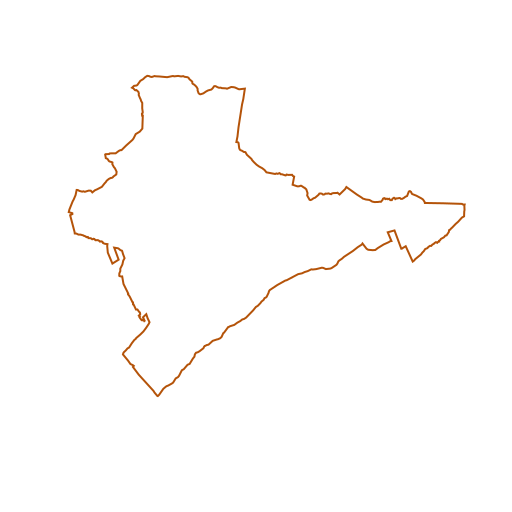 Dagata, Iasi, Romania, rotated 284°
{"feature_id": "2599482B86664490925481", "entity_name": "Dagata", "entity_type": "district", "adm_level": 2, "iso_a3": "ROU", "parent_name": "Romania", "parent_adm1": "Iasi", "projection": "natural_earth1", "projection_center": [27.196, 46.933], "detail": "fine", "context": "isolated", "style": "outline", "palette": "amber", "viewbox_px": 512, "rotation_deg": 284, "n_neighbors": 0, "source": "geoboundaries", "source_scale": "gbopen_adm2", "svg_char_len": 6067}
<svg xmlns="http://www.w3.org/2000/svg" viewBox="0 0 512 512"><g transform="rotate(284 256 256)"><path d="M96.3,194.2L96.3,194.6L97.9,195.6L104.7,198.2L107.5,200.2L108.2,200.9L109.0,202.1L111.9,205.2L113.1,206.2L117.8,207.7L119.6,209.6L121.1,210.3L127.2,211.7L128.7,213.3L133.9,215.9L135.2,217.7L141.3,219.6L143.4,220.6L145.8,220.5L147.6,221.2L148.6,222.9L150.0,224.3L153.8,227.3L155.5,227.6L156.3,228.0L156.5,228.5L157.6,229.6L158.5,231.4L163.2,234.5L165.6,238.3L166.0,239.2L167.6,241.2L169.2,242.2L173.2,242.9L173.8,243.5L180.3,246.2L180.4,246.6L181.5,247.7L183.9,251.6L186.8,254.0L189.1,256.5L191.1,258.0L192.0,259.6L193.8,261.3L202.6,266.4L206.5,268.2L208.1,269.8L211.4,271.7L213.0,272.3L215.3,274.0L217.2,274.5L218.2,275.7L219.0,276.2L223.3,277.1L224.9,277.1L226.3,277.6L232.9,283.6L239.3,290.4L239.9,291.6L248.6,301.3L250.3,304.8L252.2,307.1L253.9,309.9L256.2,312.6L256.5,313.1L256.6,314.3L257.8,317.5L260.6,322.8L260.7,324.2L260.2,326.9L261.7,331.0L262.5,332.2L266.9,336.2L268.4,336.8L270.7,337.2L271.9,338.0L274.1,340.0L276.5,341.6L284.3,348.8L289.2,352.6L292.7,355.9L293.9,356.3L289.8,361.5L289.4,362.6L289.2,363.4L289.9,367.9L290.7,370.3L293.1,372.2L298.1,377.1L301.5,381.4L302.7,382.5L303.3,383.8L310.9,378.1L314.3,384.2L298.2,395.2L298.5,395.9L299.1,396.3L301.7,398.9L288.5,409.4L289.8,410.5L291.5,411.3L297.4,415.7L299.6,416.6L301.2,417.6L303.7,418.5L305.1,420.4L306.4,421.0L307.9,422.3L308.2,423.6L309.8,424.4L310.8,425.6L311.8,426.1L313.0,427.3L312.6,428.6L313.6,429.1L314.3,430.2L315.0,429.9L315.9,430.8L317.3,431.3L319.6,433.8L321.6,434.8L322.1,435.9L326.0,437.3L327.8,437.1L328.6,438.1L329.5,438.4L331.1,439.5L335.3,441.9L338.2,443.9L343.1,446.5L344.8,448.3L349.5,447.3L351.1,447.2L355.2,446.0L356.4,446.0L356.0,444.5L356.4,443.2L352.4,424.7L348.3,407.0L349.2,406.6L351.2,404.4L351.9,402.6L353.3,397.1L353.9,392.7L354.1,392.2L355.7,390.9L356.2,389.6L355.5,388.7L350.8,388.1L349.6,386.6L348.1,385.4L346.8,384.0L346.5,382.7L347.0,381.8L347.0,381.2L345.9,378.8L345.9,378.4L344.9,377.4L345.7,376.6L345.9,376.2L345.9,375.8L344.6,374.6L343.1,374.3L342.7,372.8L343.8,371.4L343.0,370.3L343.3,369.8L343.3,369.1L342.5,368.1L342.6,367.5L343.0,367.4L343.2,367.0L343.2,366.4L342.4,365.4L341.0,365.2L338.8,364.1L338.6,362.8L338.0,361.5L337.0,358.0L336.9,355.6L337.6,353.4L337.8,352.3L337.4,349.0L337.6,345.7L338.2,344.5L340.0,339.1L344.8,327.0L342.5,326.3L335.9,322.2L337.1,319.8L336.7,319.2L335.7,315.7L335.0,314.5L334.2,314.0L334.1,312.8L334.3,311.2L333.7,310.0L333.3,308.2L332.4,307.6L331.8,306.2L332.4,304.8L332.3,303.5L331.9,302.4L330.4,301.8L326.8,299.2L325.9,297.8L324.6,296.8L323.5,295.5L323.5,294.4L327.1,291.0L329.5,290.8L332.8,288.7L333.3,287.9L333.5,287.2L334.0,286.7L334.0,285.8L334.7,284.2L335.1,282.6L334.0,280.8L333.6,279.3L334.0,274.3L342.3,273.8L342.6,272.4L343.5,271.4L342.5,267.8L342.4,265.9L341.5,265.5L341.3,265.1L341.6,261.4L341.3,260.2L341.9,259.3L342.1,258.7L341.0,257.2L341.0,255.7L340.4,255.1L340.2,254.5L339.7,245.9L341.5,243.5L342.7,240.8L343.6,237.3L344.7,234.5L346.6,231.2L348.1,229.0L349.1,228.1L352.0,222.7L354.2,220.6L354.2,219.9L354.0,219.0L354.7,217.1L355.0,215.1L355.5,214.4L356.6,213.6L361.5,211.7L362.0,210.9L361.8,209.4L367.6,209.1L376.6,207.9L399.8,205.8L405.2,205.7L415.7,204.7L413.7,199.4L413.7,198.6L414.4,195.0L414.4,193.6L414.0,191.1L411.3,187.4L411.4,186.3L410.6,182.2L410.8,181.1L410.3,179.3L410.5,177.7L411.0,175.8L410.9,175.0L410.6,174.3L408.1,173.3L406.7,172.4L405.1,169.5L403.6,167.8L401.1,165.6L400.0,163.9L399.4,162.7L399.5,162.0L400.2,160.8L402.5,159.3L404.1,158.9L405.5,157.6L406.6,156.0L407.4,154.4L407.8,152.9L408.3,152.4L409.7,152.0L409.9,151.7L411.4,148.7L412.6,147.4L412.9,146.3L412.6,143.3L412.9,141.9L412.1,139.9L411.9,136.9L410.5,133.1L410.6,132.5L410.4,131.5L408.0,126.5L406.8,118.7L406.1,115.2L406.1,114.1L404.5,111.6L404.4,110.1L404.7,108.6L404.5,106.9L402.7,105.2L400.3,103.7L398.0,101.4L393.2,99.5L392.5,98.8L391.6,96.5L389.3,95.0L389.0,96.4L387.7,98.4L387.6,98.9L388.1,99.8L386.8,102.2L385.2,103.1L383.9,103.2L380.8,105.5L380.1,106.2L378.8,106.9L377.0,108.6L371.7,109.9L368.2,111.3L367.4,111.4L366.7,110.9L366.3,110.9L364.6,111.6L364.8,112.2L352.1,114.9L348.5,113.1L345.2,109.8L340.3,108.7L338.7,108.0L331.8,103.3L326.2,99.9L325.9,98.8L324.8,97.5L321.7,95.0L320.3,89.7L320.0,89.1L319.4,88.8L318.4,85.4L318.0,85.1L314.6,86.6L314.4,88.0L314.0,88.8L312.7,90.1L312.3,90.9L312.2,93.5L312.0,94.1L310.3,94.4L307.9,96.6L307.0,97.9L304.0,100.4L301.3,100.7L298.5,98.3L297.8,98.1L296.9,97.2L296.6,96.2L295.1,94.5L292.9,92.9L291.4,92.4L289.8,91.5L285.8,89.7L282.0,85.4L280.9,83.9L278.1,81.8L279.4,79.9L279.0,77.9L276.9,74.4L277.0,72.8L276.4,71.8L276.4,68.9L276.8,67.7L276.9,66.9L276.7,66.0L271.4,66.2L266.5,65.4L264.7,64.9L256.0,63.7L253.3,63.7L253.1,67.4L252.3,67.7L250.6,65.8L235.5,74.1L234.0,74.7L234.3,76.3L233.8,78.6L234.3,80.4L234.2,83.6L233.9,84.2L234.0,85.0L233.5,86.2L233.6,86.6L233.3,87.1L233.8,88.2L233.6,88.6L232.8,89.1L233.3,91.4L232.6,93.0L232.9,93.6L233.4,94.1L233.4,95.0L232.9,95.5L232.9,96.0L232.5,96.5L232.8,97.3L232.8,97.8L233.2,98.7L232.8,99.7L232.8,100.4L232.2,101.1L232.8,102.3L232.7,103.3L232.2,103.7L232.1,104.2L231.6,104.4L231.4,105.3L231.3,106.6L231.6,109.0L229.7,109.2L223.4,111.4L213.9,118.5L219.2,123.6L229.8,116.4L230.1,120.2L229.9,121.0L228.9,123.0L228.7,124.7L228.3,125.0L225.7,126.5L222.1,129.0L219.3,128.3L215.4,128.4L210.9,127.4L208.5,128.0L206.1,127.6L203.7,128.1L203.5,128.4L203.5,130.0L203.8,131.1L196.8,134.2L188.7,141.1L188.3,140.9L187.7,141.2L187.0,142.3L185.7,143.6L181.2,147.4L181.2,147.9L179.3,148.4L179.3,149.0L175.0,152.5L175.4,153.9L173.6,156.0L173.1,157.0L171.6,157.7L169.8,156.8L169.4,157.9L168.6,157.6L167.7,158.5L166.1,160.5L166.0,161.0L167.2,161.8L165.8,163.3L166.2,163.6L169.2,161.2L173.0,163.6L169.4,165.9L166.0,168.7L164.0,168.3L159.8,166.8L155.5,165.0L151.6,162.6L147.4,159.6L146.4,159.3L145.2,158.3L141.3,156.6L136.5,155.0L135.3,153.7L132.7,152.4L130.9,151.2L129.9,150.8L128.3,150.7L123.6,157.1L120.8,160.3L120.3,162.9L119.8,164.0L118.6,163.4L112.5,170.9L100.3,189.2L99.0,190.5L96.3,194.2Z" fill="none" stroke="#b45309" stroke-width="2"/></g></svg>